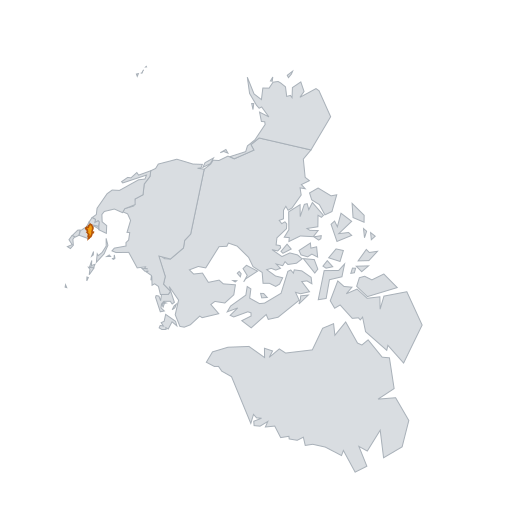 where Honduras sits in North America, rotated 103°
{"feature_id": "HND", "entity_name": "Honduras", "entity_type": "country or territory", "adm_level": 0, "iso_a3": "HND", "parent_name": "North America", "parent_adm1": "", "projection": "mercator", "projection_center": [-86.242, 14.747], "detail": "fine", "context": "in_parent", "style": "filled", "palette": "amber", "viewbox_px": 512, "rotation_deg": 103, "n_neighbors": 17, "source": "natural_earth", "source_scale": "50m", "svg_char_len": 10645}
<svg xmlns="http://www.w3.org/2000/svg" viewBox="0 0 512 512"><g transform="rotate(103 256 256)"><path d="M183.1,326.0L176.6,320.8L172.3,319.3L171.3,313.6L165.0,305.8L166.2,299.1L153.3,281.9L148.6,286.0L140.3,279.5L140.3,226.3L150.9,231.7L168.3,225.8L170.6,220.9L176.2,227.9L179.4,223.2L179.7,228.4L186.4,225.7L201.1,231.7L204.2,235.0L200.9,238.1L205.2,239.5L213.6,237.6L216.1,241.4L218.7,238.2L216.2,235.5L217.8,233.3L222.5,232.4L233.6,239.7L240.7,238.9L240.4,234.9L242.5,233.8L246.2,236.0L246.2,241.9L250.7,230.6L245.4,223.7L245.6,215.8L248.4,210.4L253.9,214.9L257.1,223.0L255.0,226.4L259.4,227.8L259.3,234.5L262.5,229.4L265.3,233.6L264.6,238.3L266.9,242.5L271.1,232.5L271.2,225.1L278.1,226.7L281.2,230.0L279.6,236.7L281.0,243.0L270.6,246.3L267.0,256.5L259.0,262.9L250.6,276.6L249.6,285.8L253.1,286.6L255.2,294.1L278.9,302.3L279.2,309.9L284.5,317.8L287.6,312.7L284.7,304.3L292.4,296.5L287.8,286.5L290.5,281.6L288.7,269.6L298.8,268.9L308.8,275.8L309.5,285.8L313.4,289.1L320.6,279.3L328.2,294.6L327.2,297.3L337.8,304.5L341.5,309.9L341.7,314.3L331.4,321.5L316.4,321.5L305.3,333.7L319.5,325.1L321.6,326.9L319.4,329.3L320.9,335.7L324.0,337.3L327.9,336.9L330.2,333.0L331.9,336.7L318.8,344.6L317.0,344.4L316.9,341.6L321.0,338.9L314.6,339.4L313.1,332.8L309.7,331.5L304.3,339.8L296.4,339.8L278.5,350.6L276.8,349.7L279.2,344.5L278.2,338.7L264.5,328.5L256.8,329.0L249.3,324.6L183.1,326.0ZM274.8,268.9L276.6,266.5L279.8,266.6L277.0,270.4L274.8,268.9ZM284.8,203.5L282.3,196.3L293.1,203.4L288.1,203.0L284.8,203.5ZM285.1,273.0L284.4,269.2L286.0,270.4L285.1,273.0ZM252.1,185.0L250.8,188.5L244.5,185.5L249.2,178.8L252.1,185.0ZM251.6,159.7L246.1,159.3L245.5,156.2L250.2,156.4L251.6,159.7ZM240.3,144.1L247.5,149.5L243.4,156.0L240.3,144.1ZM284.6,185.5L254.9,186.3L251.5,172.2L243.8,167.9L256.9,167.6L262.6,179.1L281.6,178.1L284.6,185.5ZM207.0,153.8L213.8,154.4L205.1,157.4L207.0,153.8ZM209.9,144.3L214.2,147.3L207.4,149.6L209.9,144.3ZM341.9,317.4L339.0,323.0L346.9,325.1L346.1,327.7L347.8,327.1L348.8,331.2L347.8,334.2L345.2,333.7L345.1,330.4L342.3,333.4L340.3,330.8L333.2,330.9L337.7,319.7L341.9,317.4ZM270.4,251.1L280.6,260.9L284.0,262.2L276.9,260.2L271.2,265.8L267.2,263.2L270.4,251.1ZM282.5,209.3L289.4,204.0L310.7,220.7L315.0,229.8L310.7,232.9L327.1,244.5L322.2,255.3L315.6,247.3L312.5,248.1L312.2,251.4L320.4,264.0L319.6,267.8L310.7,262.1L316.9,271.5L310.5,269.5L296.4,257.1L287.7,257.7L289.2,253.6L298.5,252.7L301.6,241.9L300.0,237.1L286.7,223.2L263.8,221.5L261.8,219.0L264.3,215.7L260.9,215.6L260.2,208.0L264.4,197.5L270.5,195.3L268.8,200.7L270.6,205.7L278.8,195.8L282.8,204.2L282.5,209.3ZM246.4,198.4L254.9,192.8L259.4,194.9L247.9,209.3L246.4,198.4ZM183.1,174.2L192.0,159.8L198.8,158.3L196.7,170.1L183.1,174.2ZM159.0,309.3L162.1,306.5L161.4,311.0L163.4,314.1L159.0,309.3ZM224.1,138.7L235.1,145.0L237.8,155.4L224.8,150.0L227.1,146.4L224.1,138.7ZM181.6,327.7L176.5,326.6L170.1,319.5L176.3,321.3L181.6,327.7ZM178.2,191.1L195.6,192.0L200.4,198.1L191.7,205.8L188.7,214.4L182.5,218.0L175.8,210.8L180.5,196.4L178.2,191.1ZM214.4,167.4L223.6,180.4L208.2,190.0L204.3,187.3L209.2,183.3L195.2,182.8L200.7,170.6L215.6,180.4L212.3,171.1L214.4,167.4ZM217.2,201.2L224.3,204.6L226.5,217.3L234.5,227.2L230.6,227.7L231.3,232.7L223.0,229.9L205.6,234.1L196.1,224.6L207.7,221.8L194.8,220.5L193.5,217.9L199.0,215.0L191.2,213.1L201.2,199.4L203.6,201.0L202.4,204.7L213.6,202.3L217.7,212.5L218.9,209.3L217.2,201.2ZM236.0,204.3L233.4,199.0L243.2,195.7L241.6,202.0L245.2,205.5L244.8,212.4L240.9,215.3L231.1,205.9L236.0,204.3ZM221.5,197.0L224.6,196.7L226.4,198.5L224.3,203.9L221.5,197.0ZM231.0,172.1L242.4,172.9L241.4,184.8L231.1,179.6L231.0,172.1ZM244.8,127.4L255.0,111.3L270.5,138.3L262.9,151.1L253.9,150.4L251.3,145.6L253.2,137.7L244.8,127.4ZM256.9,101.0L285.9,78.6L327.1,88.1L313.4,107.4L318.5,107.4L305.1,132.2L291.6,138.4L294.8,140.0L293.2,142.3L295.1,148.2L284.8,163.0L289.2,167.6L282.9,173.6L261.9,170.7L265.9,163.4L264.8,155.5L272.5,159.5L265.5,150.1L272.2,138.2L267.9,126.1L279.9,123.1L266.3,122.3L256.9,101.0ZM295.5,241.0L291.4,243.1L290.8,240.1L293.9,235.7L295.5,241.0ZM241.3,223.3L247.3,230.4L245.9,232.7L237.5,228.4L241.3,223.3ZM320.8,322.8L324.7,323.4L327.2,325.6L323.0,324.5L320.8,322.8ZM322.0,332.9L322.8,334.6L326.7,335.0L324.7,336.6L321.7,335.1L322.0,332.9Z" fill="#d9dde1" stroke="#a8b0b8" stroke-width="1"/><path d="M183.1,326.0L249.3,324.6L256.8,329.0L264.5,328.5L278.2,338.7L277.9,350.6L296.4,339.8L304.3,339.8L309.7,331.5L313.1,332.8L315.0,340.5L307.6,344.2L305.9,348.5L307.9,350.7L299.1,353.0L303.3,353.0L298.5,353.5L296.3,359.1L294.8,357.4L295.9,360.7L293.8,364.3L292.9,358.5L292.9,361.7L291.4,361.2L294.3,369.1L281.1,380.8L284.1,393.1L283.4,397.5L280.2,395.8L275.5,384.9L272.2,385.7L269.1,383.7L261.6,384.3L262.0,387.0L249.6,386.2L243.8,390.6L242.9,395.9L239.4,394.5L234.8,386.4L227.7,386.7L221.7,379.9L211.0,381.1L202.3,377.2L196.6,377.7L193.3,373.5L188.4,371.9L179.5,354.9L180.6,338.1L178.8,328.9L182.5,329.4L183.7,332.7L183.1,326.0ZM140.3,226.3L140.3,279.5L148.6,286.0L153.3,281.9L166.2,299.1L165.0,303.7L156.6,289.5L150.6,289.1L142.9,283.1L125.8,276.7L123.2,277.7L123.7,281.0L115.0,284.9L117.6,274.7L109.5,284.0L111.3,286.2L109.0,289.4L99.1,298.8L83.7,304.7L98.5,294.4L102.4,285.9L90.8,287.1L89.5,281.0L82.8,278.5L81.0,273.7L81.9,270.8L84.6,265.3L93.6,262.0L91.8,258.6L93.6,256.5L83.7,258.4L76.3,251.5L84.9,246.2L91.5,248.9L79.4,235.2L80.8,231.8L103.5,214.6L140.3,226.3ZM67.7,261.9L70.7,262.4L74.9,264.5L72.9,266.2L67.7,261.9ZM104.7,411.6L107.7,412.1L105.6,413.5L104.7,411.6ZM103.4,408.3L103.9,409.4L103.2,408.5L103.4,408.3ZM101.9,407.8L103.0,408.1L101.7,408.1L101.9,407.8ZM99.8,407.5L101.0,407.5L100.8,407.6L99.8,407.5ZM96.4,405.2L96.7,406.1L95.9,405.6L96.4,405.2ZM77.8,279.9L82.0,279.5L82.2,281.3L77.8,279.9ZM108.0,292.5L114.0,291.9L108.4,294.5L108.0,292.5Z" fill="#d9dde1" stroke="#a8b0b8" stroke-width="1"/><path d="M303.8,411.6L303.8,415.7L297.3,415.0L302.3,414.2L300.3,411.0L303.8,411.6Z" fill="#d9dde1" stroke="#a8b0b8" stroke-width="1"/><path d="M304.6,416.8L304.1,411.1L311.8,414.3L306.3,414.8L304.6,416.8Z" fill="#d9dde1" stroke="#a8b0b8" stroke-width="1"/><path d="M286.8,394.3L289.3,393.2L289.4,393.9L286.8,394.3ZM289.5,392.7L291.3,393.9L290.9,395.8L290.5,394.0L289.5,392.7ZM288.0,399.2L289.2,397.6L290.1,401.3L288.0,399.2Z" fill="#d9dde1" stroke="#a8b0b8" stroke-width="1"/><path d="M362.7,88.1L381.9,70.1L409.1,70.7L423.9,86.3L397.8,95.8L421.0,103.7L418.4,112.9L435.9,100.7L444.3,110.8L425.8,127.1L431.2,127.8L426.6,145.5L426.7,158.4L429.5,165.4L421.9,169.1L426.3,174.4L426.8,182.5L424.3,183.4L427.4,191.1L417.5,199.5L420.5,208.4L414.6,207.3L420.9,213.8L421.7,219.7L417.5,221.0L412.8,214.1L413.6,219.0L410.9,222.8L420.3,223.4L379.1,252.7L375.9,263.5L372.0,267.7L373.0,271.7L370.7,280.5L359.2,276.8L351.2,262.8L345.7,242.5L353.0,224.8L344.0,227.0L344.8,218.5L351.8,220.3L341.3,212.4L343.9,205.3L334.8,180.0L311.4,174.8L304.5,165.2L315.5,161.3L300.1,153.8L318.0,137.5L318.9,132.8L312.5,127.9L326.2,110.3L325.2,103.1L354.1,91.6L368.0,104.9L362.7,88.1Z" fill="#d9dde1" stroke="#a8b0b8" stroke-width="1"/><path d="M196.6,377.7L202.3,377.2L211.0,381.1L221.7,379.9L227.7,386.7L233.1,385.3L239.4,394.5L243.8,395.8L242.1,404.6L246.7,413.8L250.2,415.5L257.3,413.6L260.0,408.3L267.6,406.9L265.8,415.2L258.3,416.3L257.2,417.7L259.6,420.6L256.5,420.6L255.4,424.3L251.5,420.9L245.2,421.6L228.8,415.1L224.1,411.0L222.8,403.8L208.2,387.6L206.0,381.5L201.8,380.9L214.8,402.3L213.8,403.7L208.3,398.7L208.0,395.4L201.5,390.9L203.6,388.6L196.6,377.7Z" fill="#d9dde1" stroke="#a8b0b8" stroke-width="1"/><path d="M290.5,438.5L289.3,441.9L286.3,437.7L282.2,441.9L277.5,439.9L277.3,436.6L280.9,438.2L286.6,436.4L290.5,438.5Z" fill="#d9dde1" stroke="#a8b0b8" stroke-width="1"/><path d="M278.2,436.3L277.3,439.6L270.9,435.5L270.2,433.2L275.6,433.1L278.2,436.3Z" fill="#d9dde1" stroke="#a8b0b8" stroke-width="1"/><path d="M275.6,433.1L270.8,432.7L266.2,428.3L272.6,423.7L276.8,423.2L275.6,433.1Z" fill="#d9dde1" stroke="#a8b0b8" stroke-width="1"/><path d="M262.2,424.6L266.0,426.2L265.6,427.7L260.4,426.3L262.2,424.6Z" fill="#d9dde1" stroke="#a8b0b8" stroke-width="1"/><path d="M255.4,424.3L256.5,420.6L259.6,420.6L257.2,417.7L258.3,416.3L262.7,416.3L262.5,421.0L264.8,421.4L262.2,424.6L260.4,426.3L255.4,424.3Z" fill="#d9dde1" stroke="#a8b0b8" stroke-width="1"/><path d="M262.7,416.3L265.1,415.0L263.2,421.0L262.5,421.0L262.7,416.3Z" fill="#d9dde1" stroke="#a8b0b8" stroke-width="1"/><path d="M314.7,414.5L318.3,415.3L314.5,416.0L314.7,414.5Z" fill="#d9dde1" stroke="#a8b0b8" stroke-width="1"/><path d="M288.2,415.3L291.6,414.8L293.2,416.1L288.2,415.3Z" fill="#d9dde1" stroke="#a8b0b8" stroke-width="1"/><path d="M278.9,402.7L288.2,404.5L298.0,410.1L289.6,411.2L291.1,409.8L287.3,406.8L280.0,404.2L272.5,406.0L278.9,402.7Z" fill="#d9dde1" stroke="#a8b0b8" stroke-width="1"/><path d="M326.9,435.1L329.4,433.3L329.3,435.0L326.9,435.1Z" fill="#d9dde1" stroke="#a8b0b8" stroke-width="1"/><path d="M276.8,423.2L276.2,423.2L275.9,423.3L275.7,423.5L275.4,423.6L275.1,423.7L274.9,423.8L274.7,423.7L274.6,423.8L274.4,423.9L274.2,423.8L274.2,424.0L274.0,423.9L273.9,424.0L273.7,424.1L273.3,424.0L273.1,423.9L273.0,423.7L272.8,423.7L272.5,423.8L272.4,424.0L272.2,424.3L272.0,424.6L272.0,424.8L271.8,424.9L271.6,425.1L271.3,425.4L271.1,425.6L270.8,425.7L270.7,425.8L270.7,426.0L270.1,425.7L269.9,425.6L269.7,425.7L269.5,425.9L269.3,426.2L269.2,426.2L268.7,426.2L268.4,426.2L268.3,426.3L268.3,426.5L268.4,427.1L268.4,427.3L268.2,427.4L267.9,427.5L267.9,427.8L267.8,428.0L267.7,428.1L266.9,428.1L266.9,427.9L266.6,427.6L266.6,427.4L266.6,427.2L266.3,427.1L266.1,427.2L265.9,427.2L266.0,427.0L266.0,426.9L265.9,426.9L265.9,426.7L266.0,426.1L265.8,425.9L265.6,425.9L265.4,425.9L265.2,425.8L265.0,425.7L264.7,425.8L264.4,426.0L264.2,426.0L264.2,425.9L264.2,425.7L263.8,425.6L263.7,425.6L263.4,425.4L263.0,425.0L262.9,424.9L262.7,424.8L262.2,424.7L262.3,424.4L262.6,424.2L262.6,423.7L262.6,423.1L263.1,422.9L263.4,422.6L263.8,422.3L264.1,422.0L264.5,421.7L264.8,421.4L265.1,421.5L265.2,421.3L265.3,421.3L265.6,421.1L266.1,421.0L266.3,421.0L266.6,421.3L266.8,421.2L267.1,421.2L268.0,421.3L268.3,421.3L269.0,421.3L269.3,421.3L269.7,421.0L269.9,421.0L270.2,420.9L270.1,420.7L270.6,420.8L271.3,421.0L272.1,421.0L272.3,420.8L272.5,420.8L273.3,421.1L273.5,421.3L273.8,421.2L273.7,421.1L274.2,421.2L275.3,422.1L274.9,421.9L274.6,422.0L274.8,422.2L275.0,422.3L275.3,422.5L275.5,422.7L275.8,422.6L276.0,422.7L275.9,422.5L275.6,422.3L276.3,422.6L276.5,423.0L276.8,423.2ZM269.1,419.8L268.7,420.0L268.8,419.9L269.1,419.7L269.3,419.7L269.5,419.7L269.1,419.8ZM270.4,419.6L270.2,419.8L270.2,419.7L270.3,419.6L270.5,419.5L270.4,419.6Z" fill="#f59e0b" stroke="#b45309" stroke-width="1.5"/></g></svg>